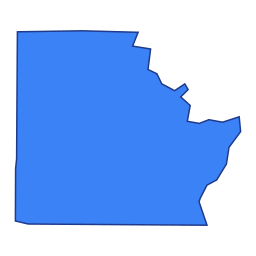 the district of Brown, Illinois, United States of America
{"feature_id": "52423323B24893766187997", "entity_name": "Brown", "entity_type": "district", "adm_level": 2, "iso_a3": "USA", "parent_name": "United States of America", "parent_adm1": "Illinois", "projection": "equal_earth", "projection_center": [-90.654, 39.973], "detail": "fine", "context": "isolated", "style": "filled", "palette": "blue", "viewbox_px": 256, "rotation_deg": 0, "n_neighbors": 0, "source": "geoboundaries", "source_scale": "gbopen_adm2", "svg_char_len": 486}
<svg xmlns="http://www.w3.org/2000/svg" viewBox="0 0 256 256"><path d="M239.2,116.8L222.6,122.2L208.9,119.7L199.3,123.4L187.3,121.3L190.2,105.5L180.7,96.9L188.1,89.6L184.8,83.9L174.6,90.7L161.7,83.8L156.9,73.8L148.0,69.5L150.6,49.0L132.6,46.1L138.1,32.3L82.4,30.8L17.4,31.8L16.6,158.9L15.6,168.7L15.4,221.0L28.2,224.0L207.0,225.2L199.0,201.7L200.4,197.9L207.0,185.1L216.7,179.9L226.4,164.1L229.0,147.3L240.6,131.6L239.2,116.8Z" fill="#3b82f6" stroke="#1e3a8a" stroke-width="1.5"/></svg>